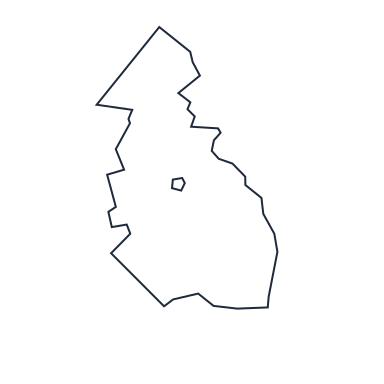 Kagan city, Bukhoro, Uzbekistan (Albers equal-area conic projection), rotated 131°
{"feature_id": "79887680B25452666066533", "entity_name": "Kagan city", "entity_type": "district", "adm_level": 2, "iso_a3": "UZB", "parent_name": "Uzbekistan", "parent_adm1": "Bukhoro", "projection": "albers", "projection_center": [64.532, 39.692], "detail": "fine", "context": "isolated", "style": "outline", "palette": "slate", "viewbox_px": 384, "rotation_deg": 131, "n_neighbors": 0, "source": "geoboundaries", "source_scale": "gbopen_adm2", "svg_char_len": 735}
<svg xmlns="http://www.w3.org/2000/svg" viewBox="0 0 384 384"><g transform="rotate(131 192 192)"><path d="M149.4,193.6L148.0,204.1L138.6,209.4L128.5,209.3L126.9,214.1L143.3,235.5L133.2,239.5L132.5,249.7L125.4,252.1L126.3,267.2L99.0,262.4L93.6,276.6L87.4,285.3L89.0,324.9L188.7,321.2L169.2,291.0L178.5,287.9L180.8,283.9L209.7,277.6L219.7,257.9L234.6,267.4L253.2,239.7L261.8,242.1L271.1,229.5L259.4,219.9L264.0,211.2L291.3,212.9L296.6,138.1L285.5,135.8L264.6,120.7L263.8,101.0L250.3,81.3L229.4,59.1L220.8,65.4L181.1,88.3L169.5,102.5L161.7,123.9L150.9,135.7L151.7,156.3L145.5,161.9L144.0,180.1L149.4,193.6ZM202.2,209.6L195.2,214.6L187.9,208.6L190.0,203.3L198.0,201.1L202.2,209.6Z" fill="none" stroke="#1e293b" stroke-width="2"/></g></svg>